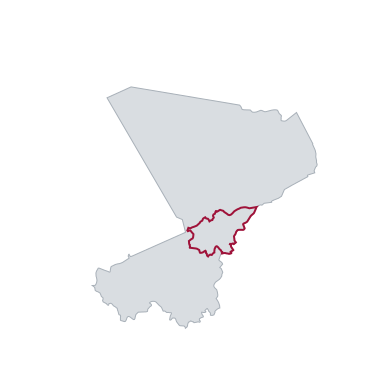 where Mopti sits in Mali, rotated 335°
{"feature_id": "MLI-2809", "entity_name": "Mopti", "entity_type": "Region", "adm_level": 1, "iso_a3": "MLI", "parent_name": "Mali", "parent_adm1": "", "projection": "orthographic", "projection_center": [-3.546, 14.53], "detail": "fine", "context": "in_parent", "style": "outline", "palette": "rose", "viewbox_px": 384, "rotation_deg": 335, "n_neighbors": 0, "source": "natural_earth", "source_scale": "10m", "svg_char_len": 6238}
<svg xmlns="http://www.w3.org/2000/svg" viewBox="0 0 384 384"><g transform="rotate(335 192 192)"><path d="M74.8,274.5L75.0,273.3L74.0,272.4L74.0,272.0L74.6,268.4L74.6,267.5L75.1,265.7L74.4,264.9L74.3,264.2L72.7,261.9L72.3,259.9L71.4,258.5L69.5,258.1L68.8,259.1L68.3,259.3L67.6,258.5L67.4,257.8L67.4,257.2L65.0,254.0L65.2,252.3L66.2,251.5L66.6,250.1L65.7,248.4L65.9,246.8L65.9,244.6L64.5,242.6L63.5,241.7L62.7,240.3L63.5,237.3L62.1,234.6L64.8,235.7L66.2,234.8L67.5,233.5L68.6,231.8L69.2,229.6L69.5,227.7L70.7,224.8L72.0,223.4L74.8,221.4L75.6,221.7L79.9,226.2L82.3,228.5L83.2,229.7L84.1,229.7L85.4,227.6L86.8,225.8L87.3,225.4L91.8,225.3L94.2,225.7L96.2,226.3L99.2,226.5L107.0,225.4L107.1,224.5L107.0,223.4L107.4,222.7L108.1,221.9L108.6,221.8L108.8,224.3L109.4,224.7L111.3,224.8L169.1,225.8L171.6,212.9L167.4,208.2L154.8,70.7L181.2,71.0L185.7,74.1L271.9,133.4L272.4,135.4L272.3,138.1L273.0,138.9L274.3,139.7L279.3,142.2L279.7,142.7L279.9,143.8L280.5,145.1L281.6,145.8L282.8,146.3L284.3,146.7L288.8,147.0L289.7,147.6L291.7,149.9L292.8,150.4L298.8,151.5L300.8,152.1L303.0,153.1L304.1,154.1L304.2,157.8L305.2,160.2L305.2,160.9L304.3,161.9L304.1,162.6L303.0,164.6L303.3,165.3L305.4,166.7L306.5,167.1L307.7,167.1L320.3,164.1L321.9,199.3L321.4,199.8L321.3,206.1L320.5,209.8L319.0,212.5L318.0,216.6L317.4,217.4L317.1,219.8L316.2,221.1L314.5,221.7L311.6,224.4L311.4,226.5L304.4,225.6L303.9,225.6L303.6,225.9L303.5,227.0L285.6,228.1L276.8,228.8L271.3,233.7L267.7,234.2L263.2,233.9L260.9,233.9L259.9,234.2L259.8,235.0L252.6,232.7L249.9,233.5L249.5,233.3L249.1,232.8L247.8,232.5L245.8,232.6L244.3,233.0L239.7,236.8L237.3,237.8L232.7,240.1L229.6,242.0L228.4,242.4L226.6,242.5L225.1,242.9L223.8,247.2L222.9,247.6L217.5,245.9L216.4,246.2L215.4,246.7L212.4,249.3L210.9,251.3L210.0,254.0L210.2,255.7L209.6,256.2L208.2,256.4L205.7,255.8L204.9,256.1L204.6,257.4L204.6,260.3L204.1,262.3L202.5,262.9L201.4,263.7L200.4,263.9L199.7,263.7L195.2,260.8L193.7,260.3L192.1,260.6L190.5,261.9L187.6,264.9L187.9,266.0L188.7,267.3L189.3,268.9L189.3,270.3L185.2,272.2L186.1,273.7L186.0,277.7L184.1,279.5L183.5,280.7L181.6,282.0L180.1,282.7L175.1,283.7L173.1,285.0L172.2,286.0L171.9,287.1L172.1,288.4L173.1,291.0L172.7,293.4L171.9,296.2L171.2,297.4L168.8,298.8L169.2,300.7L169.4,303.3L169.0,306.7L168.2,308.9L167.7,308.7L165.5,308.8L163.1,309.5L162.2,310.0L162.0,310.8L160.0,312.6L158.6,312.5L157.4,312.0L156.7,311.5L156.7,311.2L157.4,309.8L157.5,309.2L156.7,306.7L156.9,306.0L156.6,304.0L156.4,303.9L153.7,304.8L153.6,305.1L154.0,306.4L153.7,306.6L152.8,306.6L151.5,306.1L150.1,305.0L149.7,305.3L149.5,306.2L149.4,307.3L149.8,309.3L149.4,310.0L147.1,309.8L145.2,310.0L144.8,310.7L144.5,311.5L145.0,312.4L144.9,312.7L144.1,313.3L143.8,313.2L142.7,312.3L138.6,311.3L138.2,310.0L137.7,309.9L136.4,308.3L135.9,308.3L135.4,308.6L133.8,308.5L132.4,309.8L131.3,311.5L130.2,312.3L128.4,312.7L128.7,311.6L128.2,310.1L124.6,308.1L124.1,307.3L123.2,303.0L123.3,301.7L123.5,300.6L123.4,299.7L123.1,299.0L122.0,298.4L120.9,298.0L119.4,298.8L118.7,299.0L118.1,298.9L117.8,298.6L117.8,298.2L119.4,295.9L120.2,294.9L121.7,293.8L122.1,293.3L122.2,292.8L122.0,292.5L121.0,292.1L119.5,291.0L118.7,290.8L118.0,290.3L117.2,288.6L116.9,288.3L116.2,288.1L115.5,287.7L115.6,283.6L114.2,280.5L112.9,276.6L112.2,275.6L111.0,274.8L109.5,274.2L108.1,274.1L106.6,274.5L106.6,274.8L107.4,276.1L107.6,276.8L107.4,277.5L107.1,277.9L105.1,278.3L102.3,279.6L101.3,281.3L100.7,281.4L99.7,281.2L92.5,278.2L89.4,279.3L87.4,281.7L86.9,282.5L85.9,283.2L85.4,283.1L84.9,282.7L82.9,278.9L82.0,278.0L80.9,277.9L79.9,278.5L78.8,279.7L77.5,280.8L76.7,281.1L76.0,280.9L73.1,278.3L73.0,277.8L74.4,274.9L74.8,274.5Z" fill="#d9dde1" stroke="#a8b0b8" stroke-width="1"/><path d="M239.8,236.8L239.3,237.2L238.7,237.5L235.7,238.3L235.0,238.6L229.5,242.2L228.4,242.4L227.3,242.5L226.0,242.4L225.2,242.5L224.8,242.7L224.6,243.1L224.4,247.1L224.3,247.3L224.2,247.4L223.4,247.8L223.1,247.9L222.8,248.0L222.3,247.9L218.6,246.1L217.4,245.8L216.5,246.1L215.2,246.8L214.9,247.1L214.0,248.1L213.7,248.4L211.4,249.8L211.0,250.5L211.1,250.4L211.1,250.5L210.5,252.7L210.3,253.1L210.0,253.8L210.1,254.6L210.5,256.2L210.0,256.4L209.4,256.6L209.2,256.6L208.9,256.5L208.6,256.4L208.4,256.5L208.2,256.6L208.0,256.9L207.8,256.9L207.7,256.7L207.6,256.4L207.3,256.0L206.9,255.8L206.5,255.8L206.2,255.9L205.7,255.8L205.0,255.3L204.6,255.1L204.3,255.4L204.6,255.7L204.7,256.1L204.7,257.0L204.6,257.4L204.3,258.0L204.9,262.1L204.7,262.2L202.1,262.4L201.7,262.5L201.7,263.0L201.8,263.6L201.9,263.9L201.7,264.1L201.3,264.1L200.6,264.0L200.3,264.0L200.2,264.0L200.0,263.9L199.8,263.7L199.7,263.6L199.3,263.6L198.0,262.6L197.3,262.2L196.1,261.2L195.8,261.1L195.2,260.9L194.6,260.7L194.4,260.6L194.0,260.6L193.7,260.6L193.4,260.5L193.2,260.4L193.4,260.2L193.5,260.1L193.8,259.8L194.1,259.7L194.1,259.4L193.7,259.4L193.6,259.2L193.5,258.9L193.5,258.7L193.6,257.1L192.8,255.4L192.3,253.1L191.6,251.7L191.1,251.5L190.2,251.7L188.4,253.2L187.0,255.5L186.7,256.3L186.0,256.3L184.8,256.6L183.3,257.4L182.6,256.9L182.2,256.5L182.0,256.4L181.2,256.6L180.6,256.5L180.2,256.6L179.3,257.2L178.9,256.4L178.9,255.4L179.3,254.1L178.9,253.3L178.9,252.8L179.3,252.4L179.5,251.6L179.3,250.9L178.6,250.9L176.2,251.3L175.0,251.1L173.7,250.6L173.6,249.8L174.0,247.6L172.5,245.5L171.6,244.8L168.9,243.1L166.5,241.6L166.6,241.2L167.2,240.6L167.3,239.5L167.7,239.1L167.5,238.5L167.5,237.8L168.0,236.5L168.5,235.1L169.1,235.0L171.6,234.4L172.8,234.4L173.8,233.6L175.0,231.7L175.5,230.8L174.7,228.1L174.3,226.3L174.0,226.0L173.5,225.9L171.7,225.8L171.5,224.9L172.5,224.0L173.6,222.9L174.8,224.0L175.7,224.2L177.1,224.1L179.6,224.4L182.1,224.5L185.9,223.3L187.0,222.5L189.2,222.3L190.4,221.1L190.9,220.8L192.1,220.6L193.3,220.5L193.7,222.0L195.1,223.0L195.4,224.1L195.4,226.0L197.2,225.7L198.6,226.0L199.3,225.2L200.5,224.7L201.0,224.2L200.9,222.8L201.2,222.1L202.1,221.4L203.6,221.4L204.9,219.9L205.6,219.4L206.2,219.7L206.3,220.4L208.1,220.3L209.4,220.0L210.0,220.1L210.8,220.9L212.4,222.3L212.7,223.6L214.4,226.4L215.2,228.0L216.2,228.8L217.5,229.0L219.4,228.5L222.3,227.3L224.8,227.0L226.0,226.9L227.5,227.0L229.6,226.9L232.6,227.8L234.3,228.6L235.6,229.6L237.1,231.0L244.1,232.9L243.9,233.0L243.1,233.9L239.8,236.8Z" fill="none" stroke="#9f1239" stroke-width="2"/></g></svg>